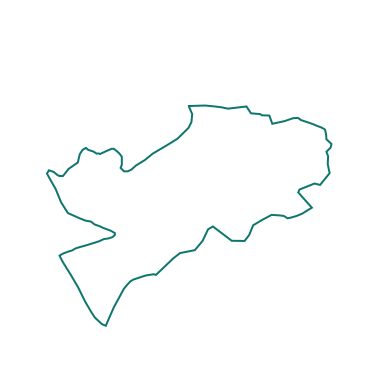 Ikole, Ekiti, Nigeria (Robinson projection), rotated 245°
{"feature_id": "59680162B9357675593038", "entity_name": "Ikole", "entity_type": "district", "adm_level": 2, "iso_a3": "NGA", "parent_name": "Nigeria", "parent_adm1": "Ekiti", "projection": "robinson", "projection_center": [5.536, 7.881], "detail": "fine", "context": "isolated", "style": "outline", "palette": "teal", "viewbox_px": 384, "rotation_deg": 245, "n_neighbors": 0, "source": "geoboundaries", "source_scale": "gbopen_adm2", "svg_char_len": 1866}
<svg xmlns="http://www.w3.org/2000/svg" viewBox="0 0 384 384"><g transform="rotate(245 192 192)"><path d="M263.1,68.8L260.8,69.0L252.4,69.7L238.1,69.0L225.4,70.6L223.3,72.4L215.7,79.0L213.4,81.2L212.5,82.0L211.0,83.5L207.9,87.9L203.6,90.1L200.3,93.6L197.0,96.3L191.5,101.8L187.4,104.7L185.8,104.1L184.7,101.0L185.1,97.2L185.6,95.4L186.6,92.3L186.6,87.0L188.4,73.5L189.5,67.0L190.1,62.6L189.7,58.8L190.3,54.4L190.7,49.1L190.4,45.8L190.3,45.1L186.6,45.1L186.4,45.1L181.4,45.5L168.5,47.1L153.9,48.5L138.3,48.8L125.5,50.0L119.3,50.9L110.3,54.5L107.2,57.4L111.3,61.9L120.5,72.4L133.1,89.4L135.6,94.7L137.1,98.6L137.4,101.7L137.1,104.7L135.9,114.8L133.6,122.7L132.1,124.3L139.7,146.7L141.7,155.3L138.1,170.0L143.2,180.9L151.4,190.8L151.9,196.4L131.0,207.4L125.4,219.0L128.9,225.7L136.0,233.4L137.1,244.2L137.6,254.5L134.0,261.1L131.6,265.0L127.8,267.5L126.9,271.3L126.1,276.6L125.8,282.6L126.6,289.1L127.1,294.0L146.7,288.1L148.8,290.4L147.9,306.6L144.3,311.1L150.9,324.7L159.9,326.8L166.9,330.5L171.6,330.8L173.7,336.4L176.6,338.7L183.0,336.1L186.7,337.6L191.8,338.9L193.0,338.6L195.8,336.5L200.2,332.2L201.3,331.4L206.3,326.3L211.1,321.2L214.4,319.3L216.2,314.6L217.1,306.0L219.9,293.6L228.6,294.4L232.0,287.7L233.8,286.7L238.4,278.7L246.5,277.5L252.3,259.9L256.6,254.1L260.0,248.6L264.8,240.5L271.2,225.6L270.3,225.3L262.5,225.1L255.7,221.1L251.6,216.0L250.9,214.0L246.5,201.6L245.6,194.7L244.7,186.3L243.4,172.8L240.9,162.8L239.7,152.4L237.9,146.6L237.9,142.4L239.5,139.1L244.0,137.5L246.5,140.0L253.7,143.3L257.8,142.4L260.1,141.4L264.1,139.5L265.1,137.5L265.3,132.4L265.3,124.8L266.4,123.7L267.0,121.9L270.5,119.6L274.0,115.8L276.8,114.5L276.4,110.5L273.7,106.3L270.2,103.5L267.0,101.0L266.0,95.2L265.1,89.9L262.7,85.2L261.0,81.7L262.7,78.4L264.3,77.2L268.8,75.0L272.1,71.5L270.1,68.4L266.0,68.6L263.1,68.8Z" fill="none" stroke="#0f766e" stroke-width="2"/></g></svg>